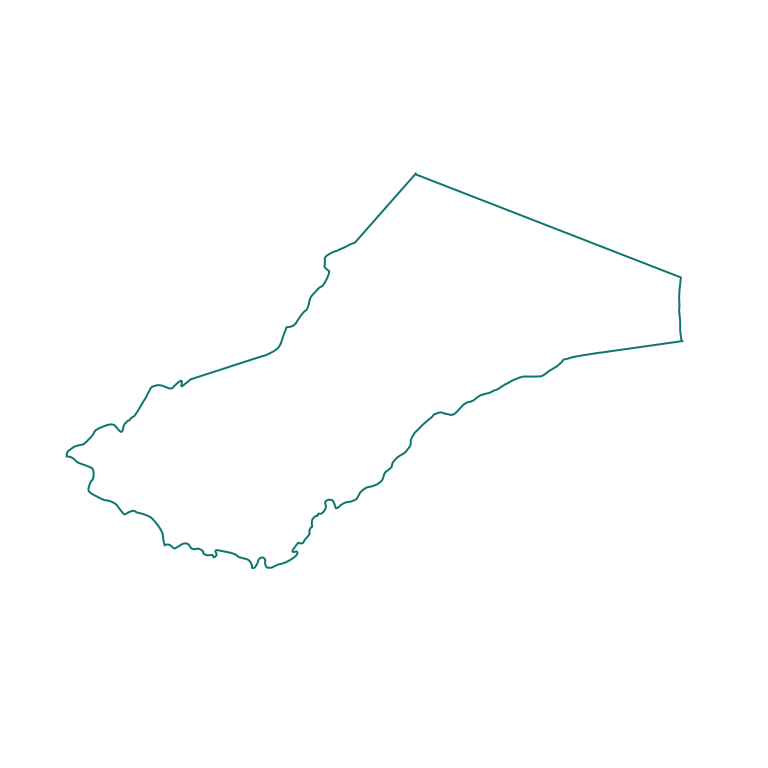 outline of Concepcion del Sur, Santa Bárbara, Honduras, rotated 36°
{"feature_id": "27666195B6871668966766", "entity_name": "Concepcion del Sur", "entity_type": "district", "adm_level": 2, "iso_a3": "HND", "parent_name": "Honduras", "parent_adm1": "Santa Bárbara", "projection": "robinson", "projection_center": [-88.156, 14.821], "detail": "fine", "context": "isolated", "style": "outline", "palette": "teal", "viewbox_px": 768, "rotation_deg": 36, "n_neighbors": 0, "source": "geoboundaries", "source_scale": "gbopen_adm2", "svg_char_len": 6165}
<svg xmlns="http://www.w3.org/2000/svg" viewBox="0 0 768 768"><g transform="rotate(36 384 384)"><path d="M286.0,195.2L277.4,286.6L274.6,290.9L272.5,295.2L267.6,303.9L265.8,306.3L264.8,307.9L262.8,312.2L262.2,314.0L262.0,315.5L262.1,316.7L262.5,317.5L264.2,319.6L265.7,321.8L266.0,322.4L266.3,323.4L266.8,324.0L268.0,324.5L270.5,324.9L273.5,325.0L274.5,327.1L275.1,328.9L276.1,333.5L276.6,338.1L276.6,340.5L276.5,341.2L275.6,342.8L274.8,345.3L273.7,354.5L273.7,355.7L273.9,357.5L274.3,359.4L274.8,360.6L275.9,362.7L276.6,364.5L277.4,366.9L277.6,368.3L277.6,370.0L276.8,372.7L276.6,374.6L276.6,381.8L276.9,385.6L277.0,387.1L276.8,388.1L276.5,389.3L275.4,391.6L273.6,393.9L272.7,394.7L271.8,395.3L274.3,404.5L276.4,410.8L276.8,412.5L277.1,414.4L277.1,415.9L277.0,417.4L276.6,419.2L275.4,422.6L272.9,427.7L271.5,430.1L268.4,434.0L224.9,493.8L222.3,503.5L221.9,504.4L221.4,504.8L221.0,504.7L219.8,501.9L219.2,500.9L218.4,500.6L217.8,500.8L217.3,501.6L216.7,503.2L215.6,508.1L215.4,511.1L215.1,511.8L214.6,512.5L213.6,513.3L212.3,514.0L205.9,515.6L204.5,516.2L203.2,516.9L201.8,517.8L200.8,518.8L199.3,520.6L198.3,522.1L197.8,523.3L197.7,524.8L199.4,535.2L199.6,539.3L200.6,550.0L200.9,555.4L200.8,556.9L200.0,558.6L199.6,559.7L199.1,563.2L198.9,563.8L198.3,564.6L198.1,565.1L198.0,566.6L197.6,569.0L197.8,569.8L198.6,572.5L199.8,575.2L199.9,575.8L199.9,576.5L199.5,577.2L198.7,577.5L196.0,577.1L190.7,575.8L189.9,575.8L189.0,576.0L187.3,576.8L185.9,578.0L184.5,579.6L182.6,582.2L180.5,585.5L179.3,587.7L178.5,589.5L177.9,591.2L177.8,592.8L178.3,595.4L178.2,598.9L177.3,605.2L176.5,608.8L176.0,609.8L175.3,610.7L172.9,613.2L170.7,616.0L169.5,618.9L167.9,623.9L167.9,625.1L168.2,626.4L168.9,627.8L169.8,629.1L172.0,627.8L173.5,627.3L174.8,627.0L177.1,626.9L178.5,627.0L180.6,627.5L182.2,627.5L183.3,627.3L190.3,625.3L195.8,623.9L197.3,623.8L198.6,624.2L199.7,624.9L201.0,626.3L202.6,628.4L203.5,629.9L204.2,631.4L204.4,632.5L204.4,633.4L204.2,634.7L204.3,636.0L205.2,639.3L205.9,641.2L206.6,642.7L207.2,643.5L208.1,644.1L209.3,644.5L211.2,644.7L214.6,644.3L221.2,643.3L224.6,642.7L226.4,642.1L228.9,640.7L230.8,639.9L233.7,639.2L236.1,638.9L237.8,638.9L239.2,639.1L246.0,641.2L249.8,642.1L250.4,642.1L250.8,641.8L251.4,641.1L252.5,638.5L253.9,636.0L255.1,634.5L256.3,633.5L257.3,633.2L258.7,633.3L259.8,633.1L264.7,631.1L267.6,630.2L270.6,629.4L273.4,629.0L275.1,629.1L278.0,629.6L282.7,630.8L286.9,632.2L290.4,633.8L291.9,634.6L293.3,635.7L294.4,636.8L297.4,640.1L301.3,643.4L302.0,642.3L302.8,641.4L303.6,640.8L304.7,640.4L306.0,640.1L309.7,640.4L310.6,640.4L311.2,640.2L312.4,638.0L314.7,632.5L315.2,631.5L315.7,630.8L316.4,630.2L317.6,629.3L318.6,628.8L319.4,628.7L320.3,628.7L321.7,629.1L324.1,630.1L325.6,630.2L326.5,629.9L327.7,629.0L328.6,628.2L330.4,626.4L331.9,625.9L333.7,625.6L335.5,625.7L336.2,625.9L336.9,626.7L337.4,627.1L338.4,627.3L339.2,627.3L340.7,626.9L342.0,626.2L343.1,625.4L344.7,623.9L345.7,623.2L347.7,624.2L348.2,624.2L348.5,623.7L349.0,622.7L349.1,621.7L349.1,620.8L348.8,620.3L347.9,619.6L347.4,619.3L346.6,619.0L346.1,618.6L345.7,617.7L345.9,617.1L346.4,616.6L347.5,616.0L359.4,610.6L361.5,609.9L364.3,609.2L365.7,609.2L367.4,609.4L368.5,609.3L376.6,606.2L378.0,606.0L379.5,606.3L381.6,607.1L384.1,608.6L384.4,609.1L384.6,609.7L385.0,610.1L385.5,610.2L386.1,610.1L386.7,609.6L387.1,608.8L387.3,607.9L387.3,606.6L387.0,603.9L386.7,602.4L385.9,600.3L385.8,599.6L385.8,598.9L386.1,597.8L386.5,596.9L387.1,596.2L387.8,595.7L388.6,595.5L389.3,595.5L390.2,595.6L391.0,595.9L391.8,596.7L392.8,598.5L393.4,599.2L395.1,600.5L396.6,601.2L397.3,601.2L398.5,600.6L399.8,599.7L400.9,598.7L401.4,598.0L404.4,592.4L405.0,591.7L407.1,589.3L408.8,586.8L409.9,585.0L411.3,582.0L412.8,578.3L413.5,576.0L413.7,574.3L413.8,573.0L413.6,572.1L413.2,571.4L412.5,571.0L411.8,570.9L411.4,571.0L409.7,573.1L409.2,573.4L408.6,573.3L408.2,573.0L407.9,572.3L407.7,571.6L407.8,564.5L408.0,562.9L408.3,562.6L409.4,562.5L410.6,561.7L411.5,560.9L411.8,560.3L411.9,559.4L411.6,557.7L411.5,556.6L412.0,550.7L411.9,549.3L411.7,548.7L411.3,548.1L410.6,547.6L410.1,547.1L409.6,545.7L409.3,544.5L409.3,543.4L409.4,542.7L409.7,542.0L409.7,541.4L409.4,541.1L408.4,540.3L406.9,538.3L406.1,536.9L405.6,535.3L405.7,533.8L406.1,531.7L406.5,530.9L407.4,530.1L407.6,529.6L407.6,529.2L407.1,528.3L407.2,527.7L407.6,527.0L408.4,526.7L409.0,526.3L409.6,525.5L409.9,524.6L410.2,522.1L410.0,519.6L409.6,518.2L409.1,517.3L408.5,516.7L407.1,515.7L406.3,514.8L405.8,513.5L405.9,512.4L406.6,511.0L407.8,509.7L409.4,508.8L410.6,508.5L411.7,508.7L413.3,509.6L415.6,511.0L417.6,512.6L417.9,512.7L418.3,512.6L418.9,511.9L419.4,511.2L419.7,510.3L420.0,508.1L420.4,506.9L421.8,503.6L422.4,502.7L423.9,500.9L426.3,498.7L429.3,493.8L429.4,493.2L429.3,491.0L428.6,486.9L428.5,485.7L428.9,483.5L429.6,480.7L430.4,478.9L431.1,477.5L431.7,476.7L433.4,475.1L435.9,471.8L436.8,470.3L437.4,469.2L438.0,467.6L438.5,466.1L438.9,464.5L439.0,463.0L438.8,461.6L438.3,459.8L437.3,457.4L437.0,455.7L437.0,454.6L437.1,453.6L438.3,450.1L438.9,447.2L438.8,446.2L438.0,444.7L437.5,443.1L437.3,442.0L437.3,440.8L437.5,438.0L438.2,434.9L439.0,432.5L440.6,429.0L441.4,426.5L441.5,425.3L441.6,419.2L441.5,418.5L440.8,416.8L440.1,415.7L439.0,414.2L438.4,412.8L437.9,409.8L437.5,405.7L437.7,404.3L438.4,400.5L439.2,394.6L441.1,386.4L442.2,382.7L442.2,381.9L442.2,380.2L442.6,378.8L444.4,376.1L445.8,374.4L446.8,373.4L447.9,372.9L450.3,372.4L453.7,370.7L455.7,370.0L457.1,369.1L458.0,367.9L458.7,366.2L459.2,364.3L460.4,354.0L461.5,351.5L462.4,349.5L464.3,347.6L465.9,344.9L466.5,343.2L467.0,341.0L467.5,339.2L468.1,337.7L468.8,336.4L471.0,333.3L474.4,329.3L475.8,326.8L476.7,324.8L478.7,322.2L482.2,313.2L483.0,311.9L484.5,308.8L485.6,306.0L486.9,303.8L487.4,303.2L490.1,298.8L492.7,295.7L497.1,292.7L505.5,286.4L507.1,284.7L508.1,282.4L510.2,275.8L513.6,267.8L513.9,266.0L514.8,262.8L514.9,258.8L517.6,255.7L520.5,251.8L527.1,244.8L536.6,235.3L543.5,228.7L600.1,174.0L599.0,173.5L598.1,173.0L592.1,166.6L589.5,162.9L586.3,158.7L580.0,151.6L578.5,149.5L577.0,146.9L573.8,143.0L570.8,139.0L569.6,136.9L567.3,133.5L565.6,130.2L563.3,126.4L561.6,123.3L286.8,195.7L286.0,195.2Z" fill="none" stroke="#0f766e" stroke-width="2"/></g></svg>